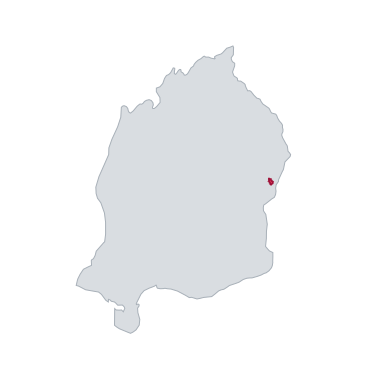 Stramtura, Maramures, Romania shown in context, rotated 103°
{"feature_id": "2599482B10134802893946", "entity_name": "Stramtura", "entity_type": "district", "adm_level": 2, "iso_a3": "ROU", "parent_name": "Romania", "parent_adm1": "Maramures", "projection": "equal_earth", "projection_center": [24.134, 47.755], "detail": "fine", "context": "in_parent", "style": "filled", "palette": "rose", "viewbox_px": 384, "rotation_deg": 103, "n_neighbors": 0, "source": "geoboundaries", "source_scale": "gbopen_adm2", "svg_char_len": 4635}
<svg xmlns="http://www.w3.org/2000/svg" viewBox="0 0 384 384"><g transform="rotate(103 192 192)"><path d="M295.4,212.2L298.9,216.5L303.2,218.8L313.2,221.2L314.1,220.9L314.2,220.5L313.5,219.9L313.3,219.1L313.8,218.1L315.2,218.0L317.4,218.9L321.7,217.6L327.9,214.2L333.6,213.5L338.9,215.5L341.7,217.9L343.5,220.1L343.1,222.9L342.8,224.7L341.6,231.8L340.7,234.5L339.3,237.5L323.0,241.1L324.0,239.4L323.5,236.4L322.8,234.1L324.2,232.0L320.5,231.3L319.0,232.4L317.8,234.4L319.0,238.9L317.3,241.4L316.6,242.8L316.6,246.1L315.6,247.6L315.4,249.2L318.0,248.8L316.9,251.6L312.1,257.2L310.5,260.5L311.2,273.6L309.2,281.4L309.1,283.8L303.8,283.8L302.3,283.7L297.3,282.5L291.7,280.4L288.3,276.3L286.1,273.4L281.4,274.7L280.5,274.4L279.2,273.0L275.6,272.1L271.2,272.0L261.3,266.7L260.2,265.9L252.5,266.7L240.9,269.4L232.1,272.6L223.0,278.4L219.3,282.7L215.0,285.1L208.9,286.8L197.9,286.1L186.5,283.9L174.3,281.6L167.7,282.9L158.7,281.9L145.2,279.1L135.2,278.2L125.3,279.9L123.6,278.6L123.2,277.2L123.6,275.1L125.0,273.4L127.5,272.2L128.7,270.9L128.9,269.6L126.2,267.5L120.7,264.7L118.4,262.9L117.9,262.4L117.8,260.8L116.6,259.6L114.5,258.7L112.9,257.0L111.7,254.6L112.0,252.3L113.7,250.2L115.8,249.3L118.4,249.6L119.5,249.0L119.1,247.5L116.6,245.6L111.9,243.2L107.2,244.5L102.3,249.3L98.8,250.1L96.7,246.9L92.9,244.9L87.5,244.3L84.2,243.1L82.9,241.2L80.6,239.7L75.3,238.2L75.3,236.7L76.1,236.4L78.0,236.3L80.5,235.9L80.9,235.1L81.0,234.4L79.0,233.4L77.0,232.7L76.0,232.1L75.3,231.4L75.2,230.6L75.8,230.1L76.6,230.0L77.4,229.6L77.9,227.8L79.0,226.4L79.8,225.9L79.7,224.8L78.9,223.8L77.9,223.0L76.3,222.4L71.3,220.9L68.8,218.8L67.3,218.7L64.9,217.6L62.3,215.8L60.0,213.2L57.6,211.5L57.0,210.8L56.9,210.2L57.4,209.4L57.4,208.7L56.8,206.1L57.3,203.5L57.2,200.9L57.2,199.8L56.7,199.5L56.3,199.9L55.7,200.3L55.1,200.4L53.3,198.6L51.1,194.9L49.6,193.6L46.6,191.9L44.1,190.5L42.3,187.4L40.5,185.0L41.8,184.0L49.0,182.6L52.4,184.0L53.9,183.5L55.4,182.4L56.2,181.5L56.4,180.5L57.1,179.3L59.6,178.8L66.0,179.5L68.7,177.8L69.7,176.9L70.3,174.9L71.0,173.4L73.3,172.5L73.3,171.0L73.0,169.5L74.4,165.9L75.2,164.5L76.5,163.9L78.1,162.8L80.9,160.5L80.3,158.5L80.9,157.0L83.8,153.4L86.0,149.9L86.0,148.2L86.3,146.6L88.3,145.0L90.3,142.8L93.0,136.0L94.0,134.9L95.8,133.6L97.1,132.3L97.3,127.9L98.5,126.6L100.8,125.1L103.2,122.8L105.1,120.1L106.6,118.8L108.5,118.5L110.6,117.4L112.9,117.0L115.2,117.5L116.6,117.3L118.8,115.9L124.3,111.0L125.1,110.0L126.2,109.3L130.7,107.6L131.9,105.8L133.4,104.3L135.4,104.4L141.8,108.2L148.8,108.0L150.0,108.1L150.4,108.2L151.3,108.5L160.5,110.4L161.9,110.2L162.3,110.1L166.0,111.6L169.3,111.4L172.4,110.3L175.7,110.0L178.7,110.6L180.9,112.8L186.8,117.5L188.6,119.2L191.3,119.0L194.3,118.1L197.3,115.0L206.5,111.4L213.6,110.6L220.5,109.1L228.5,108.1L230.7,105.2L232.0,103.3L232.8,99.6L237.1,98.6L241.2,97.8L242.6,97.4L245.6,97.2L247.9,97.5L251.5,99.3L254.1,101.6L255.1,103.4L257.3,105.9L259.6,109.5L262.2,114.2L262.8,116.6L263.7,119.2L265.7,122.4L269.3,125.9L269.8,126.6L271.4,129.1L274.7,134.5L277.3,136.8L279.6,139.1L280.8,141.6L282.4,143.8L286.3,146.7L289.5,149.3L292.1,156.9L293.9,160.4L295.1,163.1L294.7,168.6L295.5,170.9L294.1,175.2L291.8,183.8L291.3,190.6L291.8,194.3L291.9,196.7L292.6,198.2L293.4,201.3L293.5,204.1L292.6,204.9L291.3,205.5L290.8,206.1L292.1,207.3L293.7,209.6L295.4,212.2Z" fill="#d9dde1" stroke="#a8b0b8" stroke-width="1"/><path d="M161.8,120.2L162.0,120.2L162.3,120.1L162.5,120.0L162.5,119.9L162.8,119.7L163.0,119.6L163.3,119.7L163.4,119.4L163.5,119.4L163.6,119.5L163.8,119.5L163.8,119.4L164.0,119.3L164.1,119.2L164.2,119.3L164.2,119.2L164.3,119.2L164.5,119.0L164.5,118.9L164.8,118.9L165.0,118.8L165.2,118.7L165.3,118.7L165.6,118.7L165.8,118.4L165.8,118.2L165.7,118.0L165.8,118.0L165.7,118.0L165.7,117.9L165.7,117.7L165.8,117.6L166.0,117.5L166.0,117.4L166.3,117.2L166.5,117.2L166.7,117.3L166.8,117.3L167.0,117.4L167.1,117.2L167.1,116.9L167.2,116.7L167.1,116.4L166.8,116.4L166.7,116.4L166.4,116.3L166.3,116.2L166.2,116.2L166.1,115.9L165.9,115.8L165.9,115.7L165.8,115.4L165.7,115.3L165.4,115.3L165.3,115.2L165.2,115.2L164.9,115.2L164.8,115.3L164.8,115.2L164.7,115.2L164.5,115.3L164.4,115.3L164.2,115.4L164.1,115.5L163.9,115.7L163.7,115.6L163.7,115.8L163.5,116.0L163.4,116.0L163.3,116.3L163.5,116.5L163.5,116.9L163.3,116.9L163.2,116.8L162.9,116.9L162.7,117.0L162.7,117.3L162.5,117.5L162.5,117.8L162.4,117.9L162.5,117.9L162.4,118.0L162.2,118.0L162.3,118.1L162.3,118.3L162.3,118.5L162.2,118.6L162.0,118.8L162.0,119.0L161.9,119.0L161.6,119.2L161.6,119.3L161.6,119.5L161.4,119.6L161.2,119.7L161.3,119.7L161.3,119.8L161.3,120.0L161.5,120.2L161.8,120.2Z" fill="#f43f5e" stroke="#9f1239" stroke-width="1.5"/></g></svg>